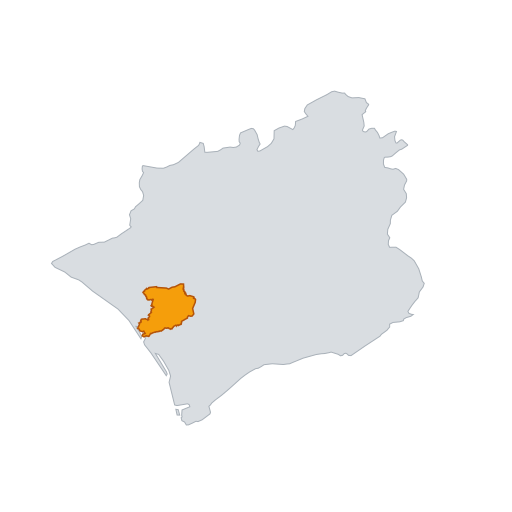 Loh-Djiboua, Sud-Bandama, Ivory Coast (highlighted), rotated 63°
{"feature_id": "98640826B50838995581112", "entity_name": "Loh-Djiboua", "entity_type": "district", "adm_level": 2, "iso_a3": "CIV", "parent_name": "Ivory Coast", "parent_adm1": "Sud-Bandama", "projection": "equal_earth", "projection_center": [-5.414, 5.714], "detail": "fine", "context": "in_parent", "style": "filled", "palette": "amber", "viewbox_px": 512, "rotation_deg": 63, "n_neighbors": 0, "source": "geoboundaries", "source_scale": "gbopen_adm2", "svg_char_len": 8590}
<svg xmlns="http://www.w3.org/2000/svg" viewBox="0 0 512 512"><g transform="rotate(63 256 256)"><path d="M151.1,103.0L152.4,102.9L155.7,101.6L158.7,98.7L161.5,92.5L165.4,87.6L169.6,88.0L170.9,87.1L172.4,86.9L174.2,90.1L176.0,92.6L177.2,92.7L178.2,97.3L186.0,99.3L189.3,100.6L192.1,104.0L193.1,104.1L194.3,103.4L195.2,102.2L195.4,100.9L194.2,97.8L194.7,95.0L196.0,92.5L198.0,92.4L201.0,91.7L204.5,91.7L207.1,92.1L208.1,89.6L207.1,82.7L207.4,78.9L207.8,75.6L208.8,74.3L212.6,78.4L216.2,79.8L218.7,80.0L219.4,79.2L218.3,74.8L218.6,73.4L219.5,72.6L221.2,72.2L225.7,70.4L226.2,70.7L227.0,77.7L226.6,80.0L227.6,84.8L228.7,89.2L228.6,91.0L227.7,93.7L226.5,96.2L226.7,97.2L228.5,98.9L231.9,100.7L235.5,101.1L237.4,98.5L239.5,96.4L240.9,94.6L241.4,91.8L243.7,89.8L250.1,87.3L256.1,86.9L257.5,87.7L260.2,91.5L263.6,94.2L268.7,93.8L272.5,95.4L275.8,98.4L277.9,105.0L280.3,109.7L281.4,116.5L285.1,120.0L288.1,121.6L292.1,126.5L296.2,129.0L300.5,128.5L302.5,131.0L305.7,132.9L308.9,133.0L311.7,127.3L315.4,125.1L324.8,120.6L328.5,118.5L332.2,117.2L341.3,116.8L349.7,118.2L353.8,119.2L356.7,118.5L359.4,121.2L362.2,126.8L364.5,128.6L366.9,130.6L368.6,135.0L370.7,139.4L371.8,141.4L374.3,145.8L376.5,145.8L378.6,143.9L379.5,142.5L380.0,145.4L379.1,150.1L379.3,153.0L380.5,154.1L379.9,157.8L377.4,164.1L377.4,167.9L379.9,169.1L381.6,173.0L382.7,179.8L383.8,182.1L383.9,183.5L385.7,200.0L387.9,216.6L386.5,218.7L384.6,219.3L383.4,220.1L383.0,221.7L383.8,223.9L383.3,226.0L380.9,227.4L375.7,232.7L375.3,234.8L374.0,239.3L372.8,242.0L371.1,247.1L368.4,260.5L367.5,271.6L367.3,275.0L366.3,277.4L365.1,280.9L359.4,290.4L356.5,298.2L356.9,301.6L357.0,305.0L356.2,307.5L356.4,314.1L357.1,319.6L358.1,325.0L362.2,340.3L364.4,349.6L365.7,357.1L366.9,362.2L368.0,364.2L368.5,366.2L374.6,367.5L375.8,368.7L377.5,378.4L377.2,382.9L376.0,384.5L376.0,388.3L375.8,392.9L374.9,394.8L371.5,395.0L369.1,396.8L366.1,396.1L365.8,394.9L364.1,394.5L359.6,391.8L360.3,383.4L358.2,383.0L356.6,384.1L353.4,394.3L351.8,396.1L329.1,390.8L324.2,386.6L318.3,385.6L308.0,386.1L299.5,387.4L297.1,389.9L318.5,388.4L320.8,388.7L321.9,390.3L294.8,393.6L284.5,395.6L281.5,395.1L279.1,391.8L267.9,391.4L265.6,392.5L264.2,394.9L268.6,394.4L275.6,394.2L277.5,396.1L255.7,398.5L240.5,403.1L234.1,406.5L213.0,417.6L200.1,422.9L196.8,424.8L190.9,430.3L183.4,433.7L174.9,440.2L169.8,441.6L168.6,439.6L168.5,428.7L167.8,414.1L168.1,408.6L168.7,403.3L168.8,399.0L171.3,397.4L172.0,395.5L172.4,389.9L174.8,384.8L174.9,375.8L175.6,373.9L176.1,371.6L175.1,365.7L173.8,354.6L173.1,353.9L172.6,354.3L171.2,354.5L165.9,350.7L161.8,350.0L159.0,346.8L158.8,343.0L157.4,340.9L156.4,336.6L155.0,331.6L151.0,328.6L147.2,327.9L144.5,328.5L141.3,328.4L137.7,326.7L135.2,324.8L132.9,321.2L130.7,318.3L129.0,318.7L126.8,318.0L124.7,316.7L124.1,315.7L132.8,304.2L135.8,298.6L136.2,295.1L136.2,291.6L137.2,288.1L137.4,282.7L132.6,263.0L131.4,256.9L130.1,255.1L129.3,254.4L131.7,251.9L135.1,252.6L140.3,254.5L141.4,252.6L145.4,242.6L145.3,239.0L144.9,236.4L147.2,229.6L149.0,227.0L150.0,224.1L149.7,220.3L148.3,218.8L146.5,219.1L144.3,218.1L141.0,215.9L139.3,213.9L139.9,205.0L140.2,202.2L141.4,200.6L143.2,200.1L148.3,199.9L152.5,200.9L156.1,201.5L158.1,201.5L159.6,204.1L161.7,206.9L163.6,206.8L164.2,204.8L163.8,196.0L162.6,191.3L159.8,186.8L152.6,182.9L152.4,177.5L153.2,171.7L154.7,169.5L160.1,165.8L159.2,163.8L157.5,161.7L154.1,159.6L154.9,152.6L155.1,146.3L152.2,147.0L149.2,147.4L146.8,145.5L144.7,141.7L144.3,131.3L144.4,119.3L144.0,114.0L144.8,111.1L147.3,108.5L150.1,105.1L151.1,103.0ZM363.1,396.2L361.9,398.5L356.2,397.0L357.6,395.1L363.1,396.2Z" fill="#d9dde1" stroke="#a8b0b8" stroke-width="1"/><path d="M269.7,331.2L267.3,329.6L266.9,329.6L266.5,329.8L265.9,330.2L265.6,330.7L265.4,330.9L265.2,330.8L265.0,330.4L264.6,329.9L264.4,329.9L264.1,330.1L263.9,330.2L261.2,333.0L260.7,335.1L259.3,336.0L258.8,335.8L257.5,335.6L257.7,336.4L257.5,336.5L257.2,336.5L257.0,336.3L256.8,336.3L256.6,336.2L256.4,336.2L256.1,335.9L256.0,335.7L255.8,335.7L255.6,335.7L255.4,335.7L255.3,335.9L255.2,336.1L254.6,336.3L254.5,336.1L254.1,336.0L253.6,335.6L253.3,335.6L253.2,335.7L253.1,336.0L252.6,336.0L252.4,335.8L252.2,335.8L252.0,335.7L251.9,335.5L251.9,335.3L251.9,335.1L251.7,334.9L251.3,334.7L250.9,334.9L250.7,334.7L250.5,334.3L250.1,334.2L248.1,333.3L246.6,336.0L246.6,342.4L246.1,343.7L245.7,345.1L245.8,348.9L243.9,350.4L239.0,358.7L238.2,358.5L235.5,365.6L235.6,366.2L235.8,366.3L236.0,366.2L236.1,366.3L236.1,366.5L235.9,366.9L235.9,367.1L235.9,367.5L235.8,367.9L235.9,368.0L235.6,368.3L235.3,368.4L235.4,368.6L235.5,368.6L235.8,368.7L235.7,368.7L235.8,368.8L235.7,369.0L235.7,369.4L235.8,369.6L235.8,370.1L236.0,370.7L236.1,371.0L236.4,371.4L236.5,371.8L236.7,371.7L236.7,371.8L236.7,372.1L237.0,373.1L237.3,373.0L237.5,373.2L238.8,372.7L239.2,372.7L239.3,372.9L239.6,372.9L239.7,372.7L239.8,372.6L240.2,372.6L240.3,372.3L240.6,372.1L241.0,372.2L241.5,372.4L242.1,372.2L242.3,372.4L242.5,372.2L242.8,372.1L243.3,372.3L243.8,372.4L244.1,372.5L244.3,372.8L244.5,372.8L244.6,372.6L245.4,372.5L245.5,372.5L245.5,372.4L245.8,372.4L246.2,372.0L246.3,371.5L246.6,371.3L246.6,371.1L246.8,370.8L246.8,370.6L246.8,370.1L246.9,369.9L247.0,369.5L247.2,369.4L247.4,369.1L247.7,369.1L247.6,368.7L247.6,368.3L247.5,368.1L247.7,367.6L247.8,367.5L248.0,367.3L251.7,370.8L251.8,370.7L252.4,371.0L252.7,371.3L252.5,371.7L252.6,371.9L252.6,372.0L253.1,372.0L253.3,371.9L253.4,371.6L253.6,371.5L253.6,371.2L253.8,371.2L254.2,370.6L254.5,370.5L254.8,370.4L255.3,370.1L255.4,370.5L255.6,371.3L255.5,371.6L255.5,371.9L255.6,372.3L255.7,372.6L255.9,373.2L255.8,373.6L256.2,373.6L256.5,373.6L256.9,373.9L257.0,374.1L257.4,374.2L257.5,374.2L258.0,375.0L258.4,375.1L258.5,375.2L258.8,375.0L259.0,375.6L259.0,375.9L259.2,376.3L259.3,377.1L259.5,377.6L259.5,378.2L259.7,378.5L259.8,378.3L260.2,378.5L260.4,378.4L260.6,378.2L260.8,378.2L261.0,378.1L261.4,378.2L261.6,378.3L261.8,378.5L261.9,379.0L262.1,379.5L262.2,380.1L262.4,380.3L262.6,380.4L262.8,380.3L263.1,380.4L263.4,380.5L263.6,380.4L263.8,380.6L264.0,380.6L264.0,380.9L263.9,380.8L263.7,380.9L263.5,381.0L263.5,381.3L263.2,381.6L263.1,381.8L262.9,382.1L262.7,382.3L262.2,382.8L261.8,382.9L261.7,383.0L261.1,384.7L260.4,386.3L260.5,386.5L260.4,387.1L260.5,387.2L260.7,387.4L261.1,387.6L261.2,388.0L261.4,388.2L261.5,387.9L261.9,387.9L262.2,388.3L262.6,388.4L262.9,388.7L262.9,389.1L262.7,389.7L262.8,389.8L262.7,390.1L262.7,390.3L262.6,390.8L263.0,390.7L263.5,390.7L263.7,390.8L263.8,390.9L264.1,391.0L266.8,394.4L267.9,393.4L270.1,393.3L271.8,391.6L271.8,391.2L272.0,391.0L272.1,390.7L272.0,390.1L273.0,390.1L274.7,389.9L274.7,390.2L274.6,390.6L274.6,391.3L274.4,391.6L274.3,392.4L275.5,393.6L277.2,392.5L277.2,390.0L277.5,389.9L278.0,389.6L278.0,389.3L278.1,388.9L278.4,388.5L278.6,388.5L278.8,388.4L278.9,388.1L278.9,387.9L278.8,387.5L277.4,385.5L277.4,385.3L277.3,385.1L277.2,384.8L277.3,384.7L277.6,384.5L277.6,384.3L277.7,384.2L277.6,383.8L277.6,383.7L277.6,383.4L277.5,383.0L277.6,382.8L277.6,382.7L277.7,382.3L277.7,382.1L277.8,381.8L277.8,381.7L277.8,381.4L277.8,381.2L277.8,380.9L278.0,380.5L278.2,380.4L278.2,380.0L278.1,379.9L278.2,379.7L278.3,379.0L278.3,378.9L278.5,378.8L278.5,378.6L278.6,378.4L278.7,378.2L278.9,377.9L278.9,377.5L279.0,377.3L279.0,377.1L279.0,376.8L279.2,376.7L279.1,376.4L279.2,376.2L279.3,376.0L279.3,375.7L279.2,375.5L279.3,375.4L279.6,375.0L279.7,374.6L279.8,374.5L279.7,374.4L279.8,374.0L279.7,373.6L279.7,373.3L279.5,372.9L279.4,372.8L279.6,372.4L279.6,372.2L279.4,371.8L279.4,371.5L279.3,371.3L279.2,370.9L278.9,370.7L278.8,370.4L278.7,370.2L278.8,369.8L278.9,369.5L279.2,369.1L279.4,369.1L279.6,368.8L279.8,368.1L280.1,367.5L280.1,367.3L280.0,367.2L280.2,366.9L280.2,366.7L280.3,366.6L280.7,366.6L280.9,366.4L281.0,366.3L281.3,366.3L281.5,366.1L281.9,365.8L282.0,365.3L282.2,365.2L282.3,365.2L282.2,364.9L282.2,364.6L282.3,364.5L282.6,364.4L282.7,364.1L282.8,364.0L282.8,363.9L282.5,363.7L282.4,363.5L282.3,363.1L282.0,362.8L281.9,362.6L281.9,362.2L281.6,361.7L281.3,361.1L281.3,360.9L281.3,360.3L281.4,359.8L281.4,359.7L281.3,359.4L281.2,359.2L281.5,358.8L281.5,358.7L281.9,358.4L282.0,358.4L281.8,358.2L282.0,357.4L282.0,357.1L282.1,356.9L282.0,356.7L282.4,356.3L282.6,355.9L282.7,356.0L282.7,355.3L282.6,354.8L282.7,354.6L282.6,354.4L282.7,354.2L282.9,354.0L282.9,353.8L282.9,353.7L282.6,353.5L282.5,353.3L282.3,353.3L282.1,353.2L281.9,353.0L281.8,352.9L281.4,352.4L280.8,352.3L280.4,351.8L280.4,351.6L280.3,348.6L280.2,348.5L280.2,345.3L279.4,344.9L278.5,343.2L280.0,341.6L280.5,340.1L279.4,337.7L274.0,336.3L269.7,331.2Z" fill="#f59e0b" stroke="#b45309" stroke-width="1.5"/></g></svg>